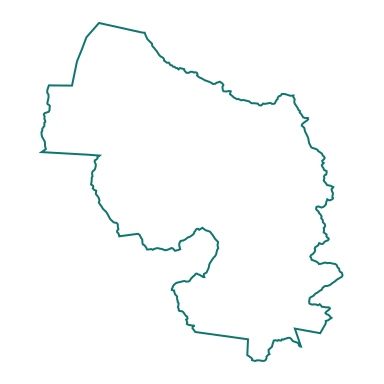 Santa Quitéria, Ceará, Brazil (Albers equal-area conic projection)
{"feature_id": "56859067B17930491929405", "entity_name": "Santa Quitéria", "entity_type": "district", "adm_level": 2, "iso_a3": "BRA", "parent_name": "Brazil", "parent_adm1": "Ceará", "projection": "albers", "projection_center": [-39.983, -4.362], "detail": "fine", "context": "isolated", "style": "outline", "palette": "teal", "viewbox_px": 384, "rotation_deg": 0, "n_neighbors": 0, "source": "geoboundaries", "source_scale": "gbopen_adm2", "svg_char_len": 5973}
<svg xmlns="http://www.w3.org/2000/svg" viewBox="0 0 384 384"><path d="M325.4,324.1L325.9,322.5L325.8,320.9L327.9,320.4L331.5,317.9L330.4,317.0L329.4,315.7L328.2,314.7L326.6,314.2L325.4,313.0L326.4,311.6L329.0,309.7L330.0,308.3L328.7,307.3L325.6,307.3L323.8,306.9L322.1,306.9L319.7,304.2L317.9,305.3L316.6,304.6L314.1,304.3L312.6,304.6L310.5,304.2L309.4,303.4L309.1,301.3L309.5,299.8L309.6,298.3L310.6,297.3L313.3,295.9L315.6,293.5L317.3,292.7L320.2,290.5L321.6,289.9L322.6,287.8L324.8,286.1L327.7,285.9L330.5,284.7L331.4,283.8L335.7,280.8L336.5,279.9L341.9,276.7L342.5,275.4L342.3,274.2L341.8,272.7L340.2,271.9L339.4,270.7L339.1,268.6L337.7,267.5L336.6,264.9L335.2,264.0L332.2,263.5L330.4,263.0L329.0,262.9L327.2,263.2L325.8,262.6L324.5,262.7L321.0,263.8L318.9,264.0L318.2,262.9L317.0,262.0L315.1,261.0L311.6,259.8L311.3,258.3L310.3,256.5L311.3,254.9L312.8,254.1L314.8,251.6L315.2,249.7L314.7,248.5L315.3,247.2L318.1,245.4L319.2,243.1L321.1,243.9L322.3,244.0L323.3,243.5L324.2,242.1L326.3,240.8L327.7,240.5L328.7,239.4L328.5,238.2L327.3,237.6L326.4,236.2L326.6,234.5L323.7,232.4L324.0,230.8L324.0,229.1L323.7,227.9L324.6,227.2L325.2,225.7L324.7,224.1L322.9,222.2L322.8,220.2L321.2,218.1L321.6,216.4L320.3,214.2L319.1,213.3L318.9,212.2L317.8,210.9L316.5,209.8L316.1,208.7L316.4,207.0L318.3,206.4L321.4,207.5L322.6,207.2L324.1,206.4L325.9,204.5L326.3,202.0L327.3,199.3L328.6,200.2L330.0,200.3L332.4,199.2L333.1,198.1L332.3,197.1L332.9,193.9L332.8,192.7L332.1,191.6L331.5,189.2L332.4,188.4L333.3,187.1L330.6,185.8L327.0,185.0L326.1,183.5L323.7,180.7L324.3,178.2L324.0,176.5L324.6,175.2L326.2,174.5L326.6,172.8L326.6,171.1L324.1,169.9L323.3,168.0L322.3,166.6L321.8,165.1L323.7,163.0L322.7,162.4L322.2,160.8L324.1,159.1L324.7,157.8L324.0,156.6L322.7,155.4L321.9,153.6L318.0,150.9L317.4,149.7L314.9,148.6L312.5,148.0L311.1,147.1L310.4,145.6L309.1,143.0L308.2,138.2L307.6,136.6L304.9,131.1L304.4,128.2L303.5,127.1L301.7,125.6L302.3,124.0L304.3,122.3L307.3,120.3L308.2,119.2L307.9,118.0L305.5,118.1L303.2,117.4L301.4,114.3L299.7,112.5L299.9,111.0L298.8,110.2L298.1,109.3L297.6,107.9L294.8,103.7L294.4,102.6L294.3,101.0L294.7,99.5L294.1,98.2L293.3,97.1L293.5,95.5L290.4,95.8L285.8,94.3L284.0,94.0L281.9,94.0L280.6,95.7L278.8,96.3L277.8,97.6L277.6,99.1L276.7,99.8L276.1,100.8L274.8,103.4L273.6,103.9L271.8,103.8L270.5,102.9L264.7,103.9L262.9,103.6L262.2,104.7L260.9,105.5L259.1,105.2L257.8,103.6L253.8,103.2L252.3,103.3L250.7,102.7L249.0,101.3L243.4,100.0L241.2,100.3L238.5,99.0L237.1,99.2L233.7,97.4L232.8,96.4L230.0,94.2L230.7,91.3L228.8,91.0L226.7,91.5L223.6,91.3L222.8,90.1L222.4,86.9L223.4,85.1L222.4,83.5L219.9,81.7L216.8,82.7L215.1,83.8L213.0,84.0L211.3,82.8L208.9,81.7L204.9,80.3L201.7,78.4L199.1,77.3L197.0,75.5L197.5,74.3L196.9,72.8L195.3,72.2L194.0,72.6L192.4,71.8L190.5,71.8L188.8,72.8L186.5,72.8L184.4,70.6L184.1,69.1L180.0,68.1L178.5,69.4L177.3,68.1L176.2,68.1L174.4,66.8L173.1,66.7L172.0,65.4L170.4,65.1L168.9,62.7L166.7,62.7L165.4,61.5L164.1,60.7L164.0,59.1L162.8,57.6L160.5,56.4L159.4,55.2L158.3,53.7L156.8,51.2L155.4,49.7L154.4,48.2L152.9,46.7L152.2,45.6L152.0,43.7L147.5,39.3L145.8,35.8L144.7,32.7L142.6,32.6L140.5,32.2L99.0,23.0L86.4,37.3L81.8,49.6L77.0,61.3L72.0,85.6L48.9,85.4L47.8,88.5L47.2,90.9L47.3,92.9L48.4,94.3L48.6,97.3L47.3,103.1L47.7,104.3L48.9,104.8L49.9,106.2L49.6,107.7L49.5,110.3L48.7,111.8L44.6,113.2L43.8,114.4L44.6,116.5L44.4,118.1L44.5,119.4L45.1,120.4L45.3,121.9L44.3,122.8L44.4,125.9L42.5,128.3L42.2,129.6L42.3,130.9L41.5,132.0L41.6,134.7L42.2,137.0L44.8,141.7L45.1,146.4L45.9,148.9L45.1,149.7L41.6,152.1L89.6,154.8L99.6,155.6L98.8,156.3L97.5,156.9L97.4,158.6L96.2,159.6L94.9,160.3L94.6,161.5L95.8,164.4L95.7,166.3L95.0,169.0L94.2,170.2L93.0,171.0L92.4,172.0L92.1,173.4L92.5,176.4L91.8,177.4L91.6,181.8L91.0,184.4L93.0,185.7L93.3,186.9L92.8,188.5L94.4,190.0L96.2,190.7L95.9,193.0L95.9,194.1L98.2,196.9L99.0,198.7L99.5,200.8L98.8,202.2L99.3,203.4L101.3,206.1L103.0,208.9L106.1,211.8L107.5,214.0L110.2,219.1L113.7,222.4L116.6,222.9L117.8,224.3L117.8,226.6L118.4,229.2L117.1,230.9L117.1,232.1L118.2,233.1L119.0,234.7L119.2,236.3L138.0,233.8L139.7,235.0L141.1,237.9L142.2,239.3L142.5,243.2L142.8,244.4L144.5,245.3L146.4,247.9L146.9,249.4L148.0,249.5L151.5,249.1L152.8,249.8L154.2,248.9L156.9,248.2L158.4,248.2L159.7,248.7L161.6,248.9L165.0,250.2L166.6,250.1L170.3,248.7L171.3,248.0L172.9,248.5L175.0,250.8L178.1,250.0L180.2,249.2L179.2,245.4L179.3,243.5L180.6,240.9L183.3,240.5L185.7,239.2L188.0,237.3L189.7,236.9L192.7,234.8L193.9,233.6L194.3,232.0L195.1,231.2L195.7,230.0L196.7,229.0L198.1,228.8L199.2,229.8L202.4,227.8L204.4,229.4L205.8,230.3L209.9,231.6L212.3,234.6L215.3,239.1L218.1,242.0L217.5,245.1L218.2,248.3L217.3,249.6L216.7,251.6L216.2,254.2L215.3,255.9L213.2,258.1L210.0,263.0L209.3,264.5L208.7,267.9L206.5,272.6L204.1,273.8L203.7,275.2L204.3,277.1L203.1,277.0L199.7,274.9L198.0,274.3L196.8,273.6L195.6,273.8L194.7,275.3L193.4,276.2L191.0,278.6L190.3,279.9L189.2,281.2L187.6,281.6L186.2,281.6L184.4,281.0L182.7,281.3L179.7,282.1L178.1,282.4L176.7,282.8L175.3,283.6L174.0,284.8L172.9,286.4L172.6,287.6L171.9,288.8L171.8,290.0L174.2,290.6L174.2,291.7L175.1,294.3L177.1,296.5L177.1,299.3L177.7,300.6L177.6,301.9L178.6,303.2L178.3,306.1L177.9,307.3L178.7,308.7L178.8,310.5L179.9,311.1L181.5,311.1L183.2,312.0L185.9,315.9L187.2,316.7L187.5,318.7L186.1,319.6L187.2,321.8L186.8,323.9L188.6,324.9L192.1,325.5L194.7,325.7L193.0,326.4L192.4,328.1L195.3,332.0L248.0,339.3L247.3,355.1L251.4,357.9L252.1,359.0L252.0,360.1L255.3,361.0L257.0,360.3L259.8,360.4L261.6,360.8L263.8,360.9L265.1,360.5L266.0,359.5L266.5,358.1L266.5,356.6L268.3,354.7L269.5,354.1L268.7,352.6L268.6,349.8L272.0,346.7L272.8,343.3L273.4,342.0L273.7,340.6L275.2,340.2L277.4,340.8L278.4,340.0L279.6,340.4L281.1,340.6L282.0,339.3L283.4,339.6L284.8,338.8L286.1,338.6L287.3,338.1L288.7,337.8L290.0,337.9L291.0,338.7L292.9,341.1L297.5,342.7L298.9,343.9L298.8,345.3L299.9,346.4L301.0,346.6L294.9,328.6L320.2,333.2L325.4,324.1Z" fill="none" stroke="#0f766e" stroke-width="2"/></svg>